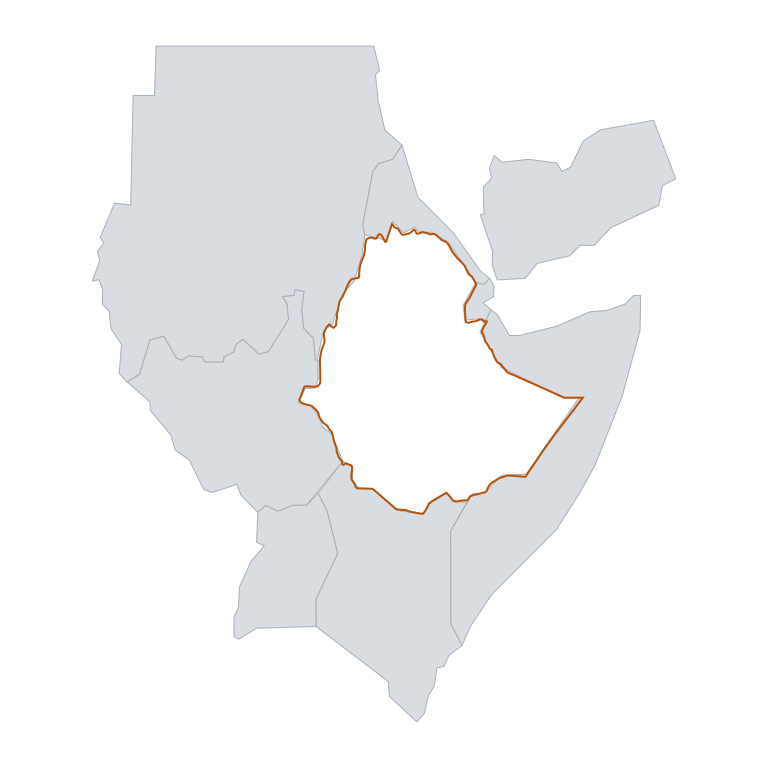 Ethiopia highlighted, Equal Earth projection
{"feature_id": "ETH", "entity_name": "Ethiopia", "entity_type": "country or territory", "adm_level": 0, "iso_a3": "ETH", "parent_name": "Africa", "parent_adm1": "", "projection": "equal_earth", "projection_center": [38.934, 9.154], "detail": "fine", "context": "with_neighbors", "style": "outline", "palette": "amber", "viewbox_px": 768, "rotation_deg": 0, "n_neighbors": 8, "source": "natural_earth", "source_scale": "50m", "svg_char_len": 7273}
<svg xmlns="http://www.w3.org/2000/svg" viewBox="0 0 768 768"><path d="M450.8,624.2L450.6,530.9L472.3,493.8L484.5,493.4L501.4,475.3L526.1,474.2L579.2,397.6L563.3,397.8L501.3,367.5L480.0,332.2L491.0,309.7L497.1,314.4L509.4,335.5L518.8,335.6L557.0,326.1L589.5,311.9L606.3,310.5L624.8,304.2L633.6,295.5L640.7,295.4L640.0,330.5L622.4,395.6L594.9,465.6L578.9,494.2L556.7,529.1L491.6,594.7L470.7,625.8L462.1,645.3L450.8,624.2Z" fill="#d9dde1" stroke="#a8b0b8" stroke-width="1"/><path d="M416.8,721.9L389.5,696.4L388.2,681.5L316.1,626.5L315.9,599.4L337.6,553.4L327.1,511.2L318.1,493.4L342.7,461.3L352.6,465.6L352.5,479.9L359.0,488.4L372.2,488.4L396.2,510.1L423.6,514.6L429.2,503.9L446.5,493.2L454.2,501.9L467.1,501.9L450.6,530.9L450.8,624.2L462.1,645.3L448.8,655.5L444.1,666.2L436.9,668.1L434.2,686.1L428.1,696.5L424.4,713.5L416.8,721.9Z" fill="#d9dde1" stroke="#a8b0b8" stroke-width="1"/><path d="M139.9,391.8L125.7,380.7L119.2,373.4L121.5,344.5L110.9,328.6L109.3,311.6L102.5,304.2L102.6,289.5L98.9,279.7L92.3,281.2L99.5,261.4L97.6,250.9L104.0,243.2L100.2,237.3L114.6,203.2L130.7,205.0L133.2,95.5L154.5,95.4L156.1,46.1L373.7,46.1L379.6,70.3L375.5,74.7L378.1,100.2L384.8,129.9L402.0,145.2L392.5,159.5L378.8,163.6L372.9,171.3L362.8,224.8L364.8,234.9L361.7,256.5L354.0,281.4L342.6,294.0L332.5,323.7L323.5,330.8L317.8,357.4L317.9,380.2L317.8,360.4L315.2,359.9L313.4,338.5L303.7,328.5L301.6,310.2L304.0,291.5L295.3,289.8L293.9,295.4L282.6,296.7L287.1,304.1L288.6,319.4L268.6,351.6L258.8,354.2L243.1,339.4L235.9,344.6L233.9,352.0L224.1,356.8L223.4,362.1L204.6,362.1L202.1,356.8L188.5,356.0L181.6,360.3L176.4,358.2L163.8,336.3L150.1,339.8L139.6,374.3L127.2,381.9L139.9,391.8Z" fill="#d9dde1" stroke="#a8b0b8" stroke-width="1"/><path d="M364.8,234.9L362.8,224.8L372.9,171.3L378.8,163.6L392.5,159.5L402.0,145.2L417.9,197.2L453.7,233.2L480.3,270.8L489.6,278.4L484.0,284.5L475.9,282.3L448.4,242.5L432.1,232.4L419.3,232.1L414.8,226.9L403.8,232.8L392.5,221.4L386.6,240.2L364.8,234.9Z" fill="#d9dde1" stroke="#a8b0b8" stroke-width="1"/><path d="M653.6,120.3L675.7,178.9L662.4,185.6L658.8,205.3L610.8,227.7L594.3,245.4L580.4,245.3L569.6,255.8L537.2,263.4L525.4,278.4L497.2,279.9L492.2,265.2L492.6,251.4L480.3,215.0L484.0,213.8L483.4,186.5L491.5,178.5L489.5,168.0L494.3,155.7L502.0,162.2L528.5,159.3L557.0,163.1L561.8,171.4L570.4,167.3L583.3,141.0L600.4,129.8L653.6,120.3Z" fill="#d9dde1" stroke="#a8b0b8" stroke-width="1"/><path d="M475.9,282.3L484.0,284.5L489.6,278.4L494.1,286.2L493.6,296.7L482.9,302.8L491.0,309.7L484.1,323.3L479.9,318.7L464.8,320.1L463.0,305.4L475.9,282.3Z" fill="#d9dde1" stroke="#a8b0b8" stroke-width="1"/><path d="M316.1,626.5L256.5,628.2L238.5,639.2L233.9,636.6L234.0,617.3L238.4,607.5L239.5,586.9L250.8,561.7L264.2,545.8L256.6,542.3L257.8,512.4L265.7,505.4L277.7,511.1L293.0,505.1L306.4,505.2L318.1,493.4L327.1,511.2L337.6,553.4L315.9,599.4L316.1,626.5Z" fill="#d9dde1" stroke="#a8b0b8" stroke-width="1"/><path d="M257.8,512.4L241.2,495.4L236.7,484.4L212.2,492.5L203.7,489.4L189.4,460.2L175.3,450.1L170.6,434.7L150.2,410.4L150.1,402.1L127.2,381.9L139.6,374.3L150.1,339.8L163.8,336.3L176.4,358.2L181.6,360.3L188.5,356.0L202.1,356.8L204.6,362.1L223.4,362.1L224.1,356.8L233.9,352.0L235.9,344.6L243.1,339.4L258.8,354.2L268.6,351.6L288.6,319.4L287.1,304.1L282.6,296.7L293.9,295.4L295.3,289.8L304.0,291.5L301.6,310.2L303.7,328.5L313.4,338.5L315.2,359.9L317.8,360.4L317.9,380.2L315.1,388.0L305.0,388.6L298.5,403.2L310.1,405.0L319.7,417.4L322.9,427.6L331.6,433.5L342.7,461.3L306.4,505.2L293.0,505.1L277.7,511.1L265.7,505.4L257.8,512.4Z" fill="#d9dde1" stroke="#a8b0b8" stroke-width="1"/><path d="M342.1,461.7L341.8,461.2L340.2,459.4L338.6,457.0L337.7,454.4L336.8,452.3L336.3,447.5L335.2,444.6L334.0,441.0L332.4,434.2L331.7,431.8L330.3,430.3L328.9,428.8L327.4,425.8L323.5,423.1L322.0,421.0L319.5,417.4L318.8,415.6L318.6,413.8L317.8,412.1L316.4,410.2L312.0,406.1L310.7,405.6L309.1,405.1L306.8,404.7L303.6,403.8L300.9,402.2L299.7,401.0L299.4,400.2L299.6,398.9L300.6,396.6L302.6,391.3L303.9,387.6L304.8,386.5L307.2,386.3L309.8,386.4L311.6,386.7L314.3,386.7L317.5,386.4L318.7,385.1L319.8,383.8L320.2,382.8L320.3,380.4L320.3,378.5L320.2,371.2L320.1,366.6L319.9,361.5L320.0,360.5L320.0,359.1L320.8,353.7L321.5,350.5L322.0,348.9L324.1,343.6L324.5,341.9L324.5,340.4L323.8,333.4L325.1,330.1L326.8,326.8L328.3,325.4L329.5,324.4L330.0,324.8L331.4,326.3L333.2,327.8L334.1,327.5L335.3,326.2L336.2,324.8L336.1,322.4L337.0,317.3L336.8,314.4L337.7,310.8L338.7,305.7L339.2,302.4L339.8,300.7L342.4,297.1L344.7,292.1L346.2,288.4L348.9,282.5L350.4,280.3L351.5,279.3L353.2,278.7L356.3,278.2L358.6,277.7L358.9,276.9L359.1,275.7L359.2,273.0L359.6,268.4L360.6,263.9L361.8,260.5L362.4,259.0L363.1,257.5L364.0,255.0L365.1,249.5L365.0,245.8L366.5,239.1L366.9,239.0L369.4,237.8L371.9,237.6L374.3,238.5L375.9,238.7L376.6,238.2L377.3,237.1L377.9,235.3L378.9,234.3L380.3,234.1L382.1,236.1L384.9,241.6L385.7,241.9L386.1,241.8L387.6,237.4L388.7,234.0L390.8,227.7L392.0,224.1L393.1,225.1L394.2,227.0L395.5,227.8L396.9,228.4L397.5,228.4L398.3,229.2L401.2,233.7L402.3,234.7L403.6,234.8L409.4,233.4L412.8,230.7L413.4,229.7L414.3,229.7L415.4,230.9L415.9,232.0L416.6,233.5L418.0,233.7L421.3,232.6L422.9,232.0L424.2,232.5L426.0,233.0L427.1,233.0L429.7,234.4L432.8,234.0L434.3,234.0L435.8,234.7L438.3,237.0L441.5,239.9L446.1,241.9L447.0,242.7L449.2,246.0L452.7,252.2L457.2,258.1L462.2,262.9L464.8,266.1L466.6,270.1L468.4,273.7L470.1,275.3L471.8,276.5L473.5,279.3L474.7,281.6L476.4,284.3L474.6,287.9L472.1,292.7L469.3,298.3L468.4,299.7L465.9,303.1L465.5,304.0L465.0,306.5L465.0,310.9L465.3,316.6L465.7,321.9L467.0,322.5L468.7,322.9L470.4,322.2L472.6,321.6L475.3,321.3L478.2,320.2L480.0,319.3L481.8,319.4L483.4,320.3L484.2,321.2L485.4,321.4L486.8,321.4L486.5,322.4L485.7,323.9L484.7,325.3L483.9,326.8L481.9,331.0L481.9,331.5L482.1,332.4L483.2,334.3L484.3,337.4L484.9,340.2L485.4,341.6L486.7,343.2L488.7,346.5L489.7,348.7L491.9,349.8L492.6,352.6L494.2,356.7L495.9,360.0L497.6,362.6L499.5,363.5L500.2,363.6L504.1,368.4L507.1,372.0L507.8,372.6L513.2,374.9L519.4,377.7L524.3,379.8L530.7,382.6L536.9,385.4L542.7,388.0L550.9,391.7L557.6,394.7L562.8,397.0L563.9,397.7L570.1,397.7L576.4,397.7L582.8,397.7L578.2,403.8L573.0,410.7L567.5,417.9L563.9,422.5L558.3,429.9L553.6,436.0L548.8,442.7L544.4,448.8L538.7,457.2L535.1,462.6L529.3,471.1L525.7,476.5L525.1,476.8L519.9,476.4L514.8,476.0L508.3,475.5L507.6,475.5L505.7,476.0L504.6,476.5L499.9,477.9L499.1,478.3L495.2,480.6L491.2,483.3L489.2,485.4L487.6,488.4L486.9,490.6L486.1,491.5L484.9,492.3L476.6,494.4L474.2,494.7L470.3,496.3L468.3,499.0L467.7,500.4L464.9,500.3L460.1,500.8L458.0,501.2L457.0,501.3L455.1,501.3L453.6,500.8L452.6,500.0L451.3,498.3L448.5,494.9L446.4,492.8L442.0,495.3L437.9,497.7L432.2,501.1L428.9,503.6L427.9,506.1L425.4,510.6L423.2,513.4L422.3,513.7L417.2,513.1L415.4,512.6L412.3,512.1L408.2,511.1L405.5,510.0L402.5,509.9L398.2,509.6L395.6,508.8L392.9,506.3L389.4,503.3L385.9,500.2L382.2,497.0L377.9,493.3L373.2,489.3L372.1,488.9L371.6,488.8L366.5,488.6L361.1,488.4L357.5,488.3L356.4,487.8L355.6,486.9L354.5,484.0L353.1,481.8L351.5,479.1L351.4,475.5L351.8,471.5L352.2,470.2L352.0,468.9L352.1,467.1L351.2,465.5L345.9,463.5L345.1,463.7L344.2,464.4L343.2,464.9L342.5,464.4L342.1,463.7L342.1,462.5L342.1,461.7Z" fill="none" stroke="#b45309" stroke-width="2"/></svg>